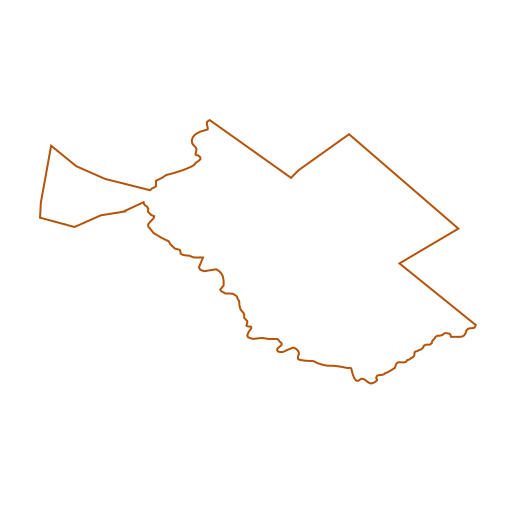 outline of Hveragerðisbær, Suðurland, Iceland, rotated 173°
{"feature_id": "244011B51739533992730", "entity_name": "Hveragerðisbær", "entity_type": "district", "adm_level": 2, "iso_a3": "ISL", "parent_name": "Iceland", "parent_adm1": "Suðurland", "projection": "robinson", "projection_center": [-21.201, 64.001], "detail": "fine", "context": "isolated", "style": "outline", "palette": "amber", "viewbox_px": 512, "rotation_deg": 173, "n_neighbors": 0, "source": "geoboundaries", "source_scale": "gbopen_adm2", "svg_char_len": 4795}
<svg xmlns="http://www.w3.org/2000/svg" viewBox="0 0 512 512"><g transform="rotate(173 256 256)"><path d="M164.2,120.7L162.7,119.7L161.7,118.5L160.5,117.4L158.5,115.8L157.4,115.5L156.3,115.5L155.5,115.8L153.9,116.1L153.0,116.6L152.0,117.1L151.6,117.6L151.3,117.8L151.0,118.1L150.9,118.4L151.1,119.2L151.2,119.6L151.6,120.2L151.5,120.6L151.0,121.5L150.7,122.0L150.2,122.5L149.2,122.7L148.0,122.7L147.0,122.7L146.2,122.7L145.0,122.7L144.2,122.8L143.3,123.1L142.9,123.4L142.4,123.8L141.3,124.2L140.4,124.3L139.3,124.6L137.1,125.6L135.0,126.5L133.2,127.4L131.7,128.1L131.0,129.8L130.3,131.3L129.4,132.3L129.0,132.6L128.8,132.7L128.2,133.0L127.2,133.1L126.0,133.0L125.2,132.8L124.5,132.7L123.3,132.5L122.5,132.4L121.6,132.4L120.4,132.6L119.8,132.9L119.0,133.7L118.7,134.0L118.5,134.3L117.4,134.4L116.5,134.6L116.4,134.7L115.6,135.1L114.7,135.6L113.9,135.9L113.3,136.2L112.5,136.5L111.9,137.1L111.4,137.6L111.1,138.1L110.8,138.9L110.5,139.9L110.5,140.4L110.2,141.2L109.6,141.6L108.9,141.8L108.7,141.8L107.4,142.0L106.2,142.5L105.1,142.9L103.7,143.1L103.0,143.6L101.7,144.4L101.1,145.2L100.7,145.7L100.3,146.4L100.3,146.5L99.4,146.8L98.4,147.2L97.3,147.2L96.6,147.1L95.8,147.0L95.3,146.9L94.8,146.9L94.6,146.9L93.6,147.1L92.7,147.8L92.1,148.2L92.0,148.8L91.6,149.5L91.3,150.2L90.7,150.8L90.0,151.4L89.4,151.8L88.3,153.0L87.6,153.8L87.1,154.1L86.2,154.5L85.0,154.8L84.4,154.6L84.2,154.6L83.5,154.5L82.0,154.6L81.5,154.8L80.0,155.2L79.6,155.6L79.0,156.0L78.4,156.2L77.7,156.4L76.7,156.3L74.5,155.6L73.5,155.3L73.3,155.1L72.7,154.5L72.5,154.3L72.4,153.2L72.5,152.7L72.4,152.1L71.4,151.8L70.1,151.7L67.9,151.5L66.4,151.3L66.2,151.2L63.7,151.0L62.9,150.9L62.1,150.9L61.3,151.0L60.5,151.1L59.7,151.5L58.9,152.0L58.2,152.9L57.6,153.5L57.1,154.5L56.8,155.2L56.5,156.0L56.4,156.1L55.9,156.8L55.0,157.5L54.2,157.9L53.5,158.1L52.3,158.1L51.8,158.1L51.1,158.1L50.1,158.1L49.1,158.0L48.5,158.1L47.8,158.3L47.5,158.9L46.9,159.6L46.3,160.7L113.6,230.2L114.5,231.2L52.2,258.3L51.8,258.5L148.8,365.5L150.5,364.6L203.4,335.9L211.7,329.3L284.8,396.0L285.4,396.5L288.2,395.2L288.7,393.4L288.6,391.8L288.5,390.6L288.3,388.3L288.7,387.4L290.9,387.1L294.3,386.5L295.9,386.3L299.3,385.1L302.0,383.7L304.4,381.4L305.7,378.4L305.6,375.8L305.2,374.6L302.7,371.2L302.0,369.3L302.8,366.8L303.6,364.7L303.4,363.7L301.3,362.9L299.7,361.4L299.2,360.3L299.5,358.7L300.6,358.0L302.5,356.8L304.3,355.8L305.1,355.4L305.3,355.0L305.6,354.4L306.6,353.8L307.8,353.3L309.2,352.6L311.5,352.0L315.4,350.8L319.6,349.8L327.9,348.3L333.1,347.6L335.3,347.3L338.7,345.5L342.8,343.9L343.6,343.7L346.1,342.9L346.6,338.2L346.6,337.7L347.1,337.3L347.7,337.0L348.7,336.4L349.6,336.2L350.8,335.8L353.1,334.2L396.4,350.9L423.4,367.0L445.9,390.4L462.6,336.6L462.9,335.9L465.7,320.3L464.6,319.9L432.6,306.9L405.0,315.3L380.6,316.2L380.8,316.7L361.3,323.0L361.0,323.1L360.7,320.8L359.7,319.6L358.2,318.4L357.7,317.3L357.2,315.9L357.8,313.0L355.1,309.5L352.2,307.9L352.8,306.2L357.3,302.4L359.2,300.5L359.3,298.4L354.8,291.2L347.2,285.3L340.8,281.2L339.5,278.0L337.1,275.1L335.6,273.2L331.8,271.8L330.8,271.2L330.4,269.1L330.5,267.5L329.1,266.4L327.1,265.5L323.0,264.6L321.9,264.3L319.1,262.7L317.3,262.0L316.0,261.9L313.7,261.5L310.8,261.3L308.8,260.9L314.1,251.6L313.3,249.7L312.4,248.8L309.3,247.2L297.2,247.7L296.9,247.5L294.3,245.4L292.6,243.0L291.5,240.2L291.2,237.3L291.2,234.5L291.8,230.5L294.5,228.1L295.5,227.1L295.2,225.8L293.5,224.3L292.2,223.6L291.5,222.8L289.6,222.3L287.1,222.0L285.4,221.7L284.0,221.5L283.3,221.0L282.8,220.8L282.2,220.3L281.6,219.7L281.1,219.4L280.4,218.9L279.9,218.1L279.7,217.2L279.3,215.6L279.0,214.8L278.3,213.4L278.3,211.2L278.5,209.5L278.2,206.9L277.9,205.3L277.5,204.1L275.5,201.2L274.8,199.2L275.3,196.2L273.5,193.6L272.6,192.5L272.8,190.8L273.9,188.5L274.0,188.2L273.6,187.7L272.8,187.2L272.0,187.0L271.3,186.7L271.1,186.7L270.2,186.6L269.5,186.3L269.4,185.1L269.9,184.4L271.2,183.0L272.9,181.0L274.3,178.3L274.0,176.6L272.3,175.4L269.2,174.1L266.0,174.0L263.1,174.0L260.2,173.9L258.7,173.6L254.6,172.4L252.3,171.9L251.5,171.8L247.0,171.3L246.7,171.3L244.8,170.9L244.4,170.5L243.9,169.9L242.8,168.0L242.1,167.3L241.3,166.5L241.4,164.6L246.1,161.5L246.5,159.7L245.4,158.3L244.1,157.9L243.2,157.6L241.1,157.5L239.4,157.9L237.5,158.6L234.0,159.6L230.8,160.4L230.3,160.5L229.1,160.1L227.4,158.9L225.5,156.2L225.2,153.6L226.5,151.5L226.9,148.9L225.7,147.8L221.2,146.4L216.5,145.4L214.2,145.2L212.1,144.7L210.4,143.9L209.0,142.7L206.6,141.5L202.8,139.8L199.3,138.6L196.2,138.1L192.5,137.6L189.0,136.8L185.9,135.9L183.4,135.2L179.7,133.9L177.7,133.5L176.3,133.5L175.6,133.3L175.4,132.9L175.1,132.2L174.7,129.2L174.4,126.7L173.5,123.4L172.8,121.7L172.2,120.9L171.6,120.0L170.4,119.7L169.3,119.9L169.0,120.0L168.6,120.1L168.0,120.6L167.0,121.1L165.9,121.3L164.2,120.7Z" fill="none" stroke="#b45309" stroke-width="2"/></g></svg>